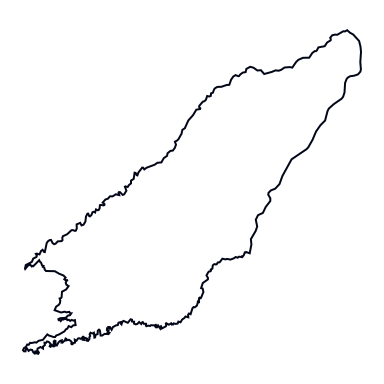 the district of Circasia, Quindío, Colombia
{"feature_id": "7082276B86132048215988", "entity_name": "Circasia", "entity_type": "district", "adm_level": 2, "iso_a3": "COL", "parent_name": "Colombia", "parent_adm1": "Quindío", "projection": "albers", "projection_center": [-75.684, 4.608], "detail": "fine", "context": "isolated", "style": "outline", "palette": "ink", "viewbox_px": 384, "rotation_deg": 0, "n_neighbors": 0, "source": "geoboundaries", "source_scale": "gbopen_adm2", "svg_char_len": 5834}
<svg xmlns="http://www.w3.org/2000/svg" viewBox="0 0 384 384"><path d="M350.1,32.8L347.1,30.2L345.1,31.4L343.2,31.3L337.2,34.8L335.1,34.6L332.2,35.3L330.2,37.8L330.8,39.2L330.6,40.4L327.1,42.5L324.7,46.2L318.4,47.4L317.0,50.2L316.1,51.1L314.7,51.1L312.2,53.1L309.2,57.7L303.0,57.8L298.4,59.8L296.1,62.0L292.3,67.6L289.7,67.1L284.6,67.5L281.0,69.9L278.7,70.7L275.4,70.4L271.9,71.9L264.2,74.0L260.9,70.2L257.4,70.5L253.5,67.7L250.2,66.8L246.4,68.9L245.6,72.1L242.8,72.6L240.3,74.4L239.1,76.0L238.3,76.2L235.5,75.1L233.2,76.6L231.1,79.7L229.3,84.8L226.6,85.0L221.4,86.8L217.4,86.9L215.1,88.2L214.1,89.4L212.9,92.7L211.0,93.4L210.8,95.9L209.2,96.5L207.2,96.0L205.9,99.8L204.4,101.2L202.8,101.7L199.3,105.8L199.1,106.9L200.3,108.4L200.1,109.0L196.3,109.7L193.0,115.2L188.3,120.5L184.8,128.3L182.4,129.8L181.5,133.8L178.4,139.3L177.0,140.6L174.9,141.7L176.0,144.7L174.7,148.1L172.8,150.6L170.4,150.9L167.5,153.3L167.1,155.8L163.8,158.1L161.4,162.4L157.3,162.8L154.7,164.7L146.6,167.7L144.3,169.4L143.1,167.7L142.2,167.6L138.4,172.5L137.4,175.4L136.7,175.1L135.6,172.9L134.6,172.7L133.7,178.9L131.0,180.6L131.0,183.4L128.8,185.2L127.7,187.0L125.5,186.4L124.9,186.7L126.4,190.7L124.1,194.4L122.7,194.9L119.9,192.1L118.8,192.2L118.5,192.9L119.2,195.1L115.8,194.3L112.7,196.3L110.0,196.3L107.9,198.7L105.4,199.5L102.7,202.6L104.4,203.9L104.4,205.0L103.6,205.4L101.1,204.9L99.9,205.2L99.6,208.4L98.6,210.1L97.7,210.2L96.0,209.4L95.1,212.5L93.8,211.8L92.6,212.1L91.3,215.2L89.9,216.4L89.1,216.0L88.2,213.6L87.4,213.7L86.0,216.5L85.4,221.6L83.5,224.7L81.5,225.4L80.2,222.9L76.6,224.4L76.8,228.3L75.9,230.6L75.0,230.9L72.8,230.1L71.5,230.2L67.1,234.3L62.9,236.2L62.3,237.8L62.5,240.1L61.6,241.1L57.7,241.4L55.7,243.6L54.2,244.2L52.6,243.1L51.0,239.9L49.6,240.1L47.8,241.4L46.7,243.1L44.8,252.1L44.1,252.0L42.6,249.8L41.1,250.9L39.5,254.4L36.8,253.6L35.8,253.9L36.9,255.7L36.4,257.0L33.2,258.6L32.0,261.6L30.8,262.5L25.8,265.0L25.0,268.5L25.2,269.0L29.0,264.4L29.6,265.0L30.2,264.6L31.8,266.5L33.0,265.8L33.4,266.1L39.2,260.2L39.9,261.7L41.1,262.7L42.1,265.5L43.5,265.9L43.0,267.0L44.3,267.7L44.7,269.6L46.0,271.0L54.8,271.2L59.1,273.7L63.5,275.5L65.6,277.6L64.3,279.3L65.3,280.1L67.9,280.1L66.5,280.8L65.7,282.8L66.4,284.7L68.6,286.1L66.1,289.5L62.0,291.7L61.6,297.3L60.9,298.2L59.6,298.5L60.3,300.8L59.9,303.2L58.9,304.7L56.1,306.7L54.6,310.2L61.1,312.5L64.5,311.7L66.6,312.3L69.3,311.9L70.2,313.3L71.3,313.3L70.0,315.2L68.2,315.5L66.6,316.8L66.2,317.8L60.2,318.2L58.4,319.1L58.7,320.0L59.4,319.7L60.7,321.1L61.9,319.4L63.1,319.6L64.8,318.9L66.9,319.2L67.3,320.1L68.9,319.8L70.2,320.9L71.7,319.9L73.4,320.6L74.9,320.1L75.6,325.1L73.1,325.4L71.3,327.2L68.7,326.1L67.3,328.7L65.9,329.3L64.4,331.4L59.0,334.5L56.2,335.5L55.2,337.0L53.9,337.1L48.9,335.5L47.3,334.4L42.9,339.8L38.6,340.8L36.4,342.6L35.0,342.3L31.5,343.0L30.1,342.8L28.7,344.8L27.2,344.5L25.9,347.0L24.0,348.0L23.0,350.2L24.0,351.3L25.5,351.3L25.9,349.1L27.0,348.5L28.6,350.9L30.4,349.6L32.2,350.0L33.2,352.2L34.6,353.6L35.8,353.3L35.0,352.1L35.2,351.4L36.6,351.3L37.3,353.5L38.2,353.8L38.9,352.5L37.3,350.4L37.6,348.6L40.5,347.0L43.0,348.5L43.0,346.6L44.9,345.1L44.5,342.7L46.1,342.8L47.0,341.5L48.7,341.9L50.4,343.6L50.5,344.4L49.7,346.3L50.6,346.8L52.1,344.9L53.2,346.4L54.4,346.2L53.7,341.6L54.5,340.6L55.5,341.0L55.5,344.2L56.0,345.3L56.8,345.5L58.6,342.3L60.2,340.8L61.8,340.3L61.5,342.6L62.4,342.7L64.9,340.3L65.6,338.5L66.3,338.8L66.3,340.4L68.9,339.8L70.9,341.1L71.6,341.9L71.3,343.8L71.9,344.3L72.6,344.2L73.2,343.1L75.0,342.6L74.8,339.7L76.5,340.7L78.0,338.5L79.1,338.2L80.9,338.9L83.0,336.7L83.6,336.8L83.8,337.6L82.9,339.8L84.7,340.0L84.3,338.2L85.5,337.9L87.1,338.7L87.0,340.7L88.1,340.9L89.5,338.9L89.3,337.4L90.2,336.0L89.6,334.3L90.5,332.7L92.3,333.5L93.9,332.7L94.4,337.6L95.1,337.4L95.5,334.8L97.6,334.2L97.8,330.7L99.0,329.6L99.5,329.8L100.0,331.2L100.6,335.5L102.1,335.6L104.5,333.9L108.5,334.1L109.5,332.8L107.6,332.0L108.5,330.9L106.9,330.0L107.1,328.3L108.8,328.6L108.4,327.0L109.9,327.0L111.6,329.8L112.9,327.1L115.9,325.4L117.8,325.1L118.5,322.7L121.1,322.0L120.8,323.7L121.5,324.4L122.3,321.9L123.5,320.9L127.8,322.8L130.6,319.3L132.0,319.7L132.0,321.5L134.1,321.7L134.0,323.6L135.8,324.4L137.5,323.8L139.1,322.0L141.2,324.0L142.1,322.4L142.8,322.1L143.8,323.8L146.0,323.8L145.9,325.7L146.4,326.2L148.2,325.6L150.0,326.0L151.0,325.2L154.4,325.4L155.9,324.8L156.3,325.3L155.4,326.7L156.1,327.4L157.1,327.3L158.1,325.5L160.1,328.4L160.5,326.5L161.0,326.2L161.8,328.5L165.9,326.3L166.3,325.2L165.8,323.7L166.2,323.2L168.9,324.7L171.2,323.3L171.8,324.5L172.7,324.1L173.0,324.4L173.7,323.4L175.5,323.9L177.6,323.6L178.4,321.6L180.5,322.3L182.1,319.6L184.5,317.9L185.5,316.5L188.3,317.3L188.1,314.7L189.0,313.5L190.6,314.2L192.4,308.4L193.5,307.1L194.8,307.3L196.9,305.6L197.7,302.8L199.0,302.3L199.0,301.5L198.1,301.1L199.1,299.8L199.0,298.2L199.8,297.6L200.7,298.2L201.1,297.7L203.4,292.0L202.7,288.6L201.1,288.1L202.8,283.0L207.9,279.4L208.0,278.0L206.5,275.4L208.2,272.3L209.0,271.5L210.5,271.3L211.0,270.6L210.8,269.5L212.4,268.6L212.7,265.7L213.4,264.7L214.6,264.1L216.0,264.5L216.9,264.0L217.7,262.5L219.6,262.3L222.4,258.7L225.6,259.4L227.1,258.9L230.4,259.6L234.1,258.2L235.7,257.0L237.7,257.7L238.9,256.7L242.2,257.1L242.2,256.2L243.0,256.2L243.8,255.2L244.8,252.4L245.8,252.5L246.1,252.0L249.7,253.3L251.4,244.5L250.9,239.1L255.6,231.1L257.2,226.6L255.8,219.7L258.0,215.2L262.9,212.9L265.7,207.0L270.3,201.0L270.3,198.3L268.2,194.6L268.6,192.7L270.9,190.4L275.2,188.7L279.5,184.1L282.4,176.0L291.6,159.3L306.5,149.2L308.3,147.3L312.6,139.7L316.0,131.6L320.3,125.4L325.1,120.5L327.5,111.2L328.8,108.6L333.7,104.2L341.6,98.7L343.1,96.8L344.5,92.5L345.1,82.9L346.6,79.0L347.9,77.5L350.3,76.2L354.2,75.7L358.0,74.4L360.4,71.6L360.9,69.4L360.3,62.1L361.0,51.9L360.5,46.7L359.1,41.0L353.2,34.5L350.1,32.8Z" fill="none" stroke="#020617" stroke-width="2"/></svg>